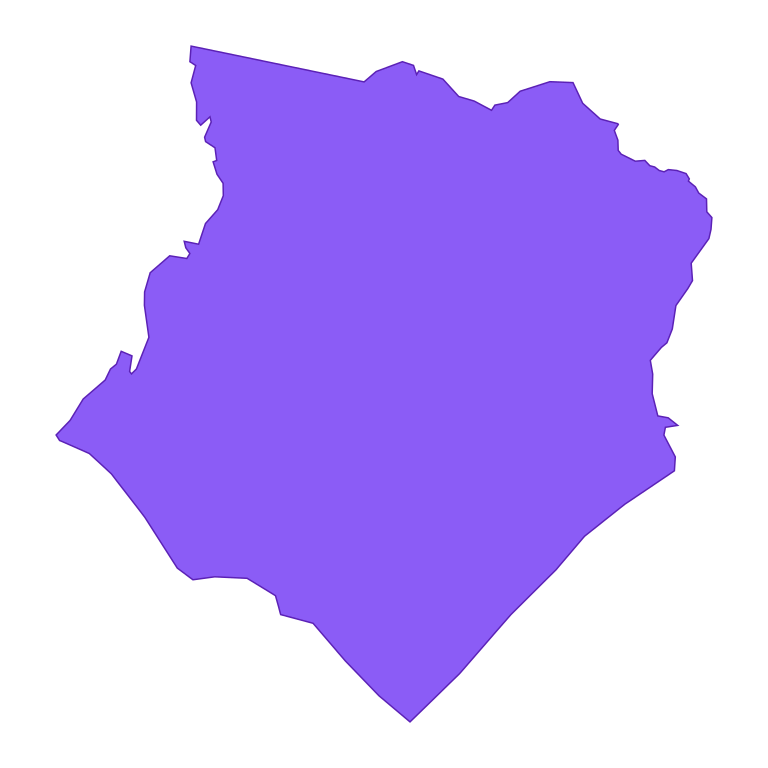 the district of Santa Isabel, Puerto Rico
{"feature_id": "32010507B73228350773325", "entity_name": "Santa Isabel", "entity_type": "district", "adm_level": 2, "iso_a3": "PRI", "parent_name": "Puerto Rico", "parent_adm1": "", "projection": "natural_earth1", "projection_center": [-66.389, 17.99], "detail": "fine", "context": "isolated", "style": "filled", "palette": "violet", "viewbox_px": 768, "rotation_deg": 0, "n_neighbors": 0, "source": "geoboundaries", "source_scale": "gbopen_adm2", "svg_char_len": 1850}
<svg xmlns="http://www.w3.org/2000/svg" viewBox="0 0 768 768"><path d="M191.1,46.1L189.9,61.7L195.7,65.5L191.1,82.8L196.6,102.0L196.5,120.3L200.7,125.2L210.0,116.8L211.2,122.0L204.6,137.2L205.6,141.6L215.0,147.8L216.7,160.5L213.1,161.8L217.0,174.3L223.1,183.3L223.3,195.7L217.7,209.7L205.5,223.5L198.6,244.2L184.2,241.3L185.8,247.8L189.9,253.5L186.8,258.5L169.7,255.8L150.2,272.7L144.6,291.9L144.4,305.3L148.9,337.3L136.4,369.0L131.5,373.9L129.6,371.5L132.0,355.9L121.2,351.3L116.4,364.2L110.5,369.0L105.2,380.0L83.2,399.0L70.1,420.4L56.1,435.0L59.6,440.5L61.6,441.3L89.3,453.5L104.2,467.2L111.3,473.8L111.8,474.4L116.9,481.1L126.9,494.0L137.9,508.2L144.9,517.4L177.3,568.1L192.8,579.7L193.4,579.7L214.8,576.8L240.8,578.0L247.1,578.3L273.6,594.5L275.5,595.7L278.7,607.1L279.0,608.3L280.1,612.5L280.7,614.6L313.1,623.3L313.6,623.9L336.5,650.6L337.3,651.6L339.3,653.9L345.4,661.0L379.0,695.8L410.0,721.9L435.6,697.0L448.7,684.2L452.2,680.8L459.2,674.0L460.4,672.7L495.8,631.9L510.9,614.6L530.9,594.7L548.0,577.7L556.2,569.6L558.6,566.7L582.6,538.5L584.6,536.2L603.3,521.3L624.7,504.3L640.6,493.6L674.4,470.8L675.3,456.9L663.9,435.1L665.4,427.3L677.7,425.4L668.2,417.8L657.8,415.9L652.2,393.7L652.7,374.1L650.3,360.3L661.4,347.4L666.9,342.8L672.3,329.0L675.9,305.6L687.8,288.6L692.5,280.6L691.2,263.2L708.9,238.6L711.0,229.4L711.9,217.6L706.8,211.8L706.5,198.9L698.7,193.0L695.4,186.9L688.4,181.1L689.3,178.9L686.1,173.6L676.9,170.5L668.3,169.6L664.1,171.8L659.2,170.5L654.7,167.0L649.8,165.7L644.8,160.4L635.3,161.2L621.2,154.2L618.2,150.4L617.9,140.2L614.3,130.4L618.3,124.5L617.8,123.7L600.2,119.0L582.7,103.3L573.0,82.6L549.9,81.7L520.2,91.2L507.7,102.6L494.9,105.1L491.5,110.3L474.3,101.1L458.7,96.5L442.9,79.1L418.9,70.9L416.6,74.6L413.5,65.4L402.4,61.7L376.2,71.5L364.1,81.9L191.1,46.1Z" fill="#8b5cf6" stroke="#5b21b6" stroke-width="1.5"/></svg>